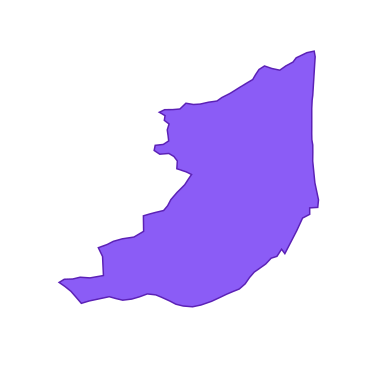 São Leopoldo, Rio Grande do Sul, Brazil (Equal Earth projection), rotated 258°
{"feature_id": "56859067B92701465953780", "entity_name": "São Leopoldo", "entity_type": "district", "adm_level": 2, "iso_a3": "BRA", "parent_name": "Brazil", "parent_adm1": "Rio Grande do Sul", "projection": "equal_earth", "projection_center": [-51.141, -29.742], "detail": "fine", "context": "isolated", "style": "filled", "palette": "violet", "viewbox_px": 384, "rotation_deg": 258, "n_neighbors": 0, "source": "geoboundaries", "source_scale": "gbopen_adm2", "svg_char_len": 1495}
<svg xmlns="http://www.w3.org/2000/svg" viewBox="0 0 384 384"><g transform="rotate(258 192 192)"><path d="M106.1,60.6L106.8,68.7L106.8,89.3L103.6,95.4L100.6,101.7L99.8,110.8L100.4,118.9L101.6,127.1L98.9,135.2L95.4,140.3L90.0,147.6L85.6,152.9L82.3,159.7L79.6,168.7L79.6,177.3L81.0,188.4L83.1,197.5L84.8,204.5L86.1,211.2L87.3,218.1L91.1,224.9L96.4,230.5L100.7,236.2L103.6,243.0L106.3,249.2L110.8,255.6L111.4,261.7L117.4,267.7L112.4,270.0L132.4,286.4L143.5,294.7L145.7,302.5L152.0,303.8L150.8,311.8L158.0,314.1L175.5,314.1L197.2,316.5L205.6,318.4L212.9,319.9L218.2,320.1L224.0,321.2L232.8,323.1L248.8,326.5L256.8,328.6L261.4,330.2L293.4,339.1L298.7,340.6L304.4,340.8L304.4,333.3L301.6,321.8L298.1,317.8L295.9,310.2L292.9,303.2L296.2,295.8L300.2,289.1L297.9,283.0L293.7,278.7L289.4,274.8L287.2,268.3L284.4,260.3L280.6,249.9L278.2,240.9L275.8,235.3L276.4,226.8L276.3,218.2L277.3,211.6L280.1,204.5L275.7,197.4L276.6,190.3L278.2,182.4L276.8,176.6L272.3,181.5L267.8,179.8L263.3,183.7L257.9,180.7L251.8,180.3L246.8,179.8L244.5,173.8L245.3,165.7L240.5,163.6L235.7,168.3L234.5,177.4L230.5,181.7L225.4,184.1L217.9,182.0L212.9,190.5L209.2,195.2L205.6,191.4L200.6,186.4L194.7,177.3L188.9,169.7L183.6,165.3L179.8,160.4L179.6,152.0L179.3,145.9L178.8,139.5L163.6,136.5L160.0,125.8L160.7,114.2L160.1,104.8L158.3,98.2L157.0,88.8L147.5,91.1L128.7,88.0L129.2,74.3L131.9,64.9L131.7,57.2L133.2,48.9L131.2,43.2L126.1,48.0L120.1,52.9L112.9,56.9L106.1,60.6Z" fill="#8b5cf6" stroke="#5b21b6" stroke-width="1.5"/></g></svg>